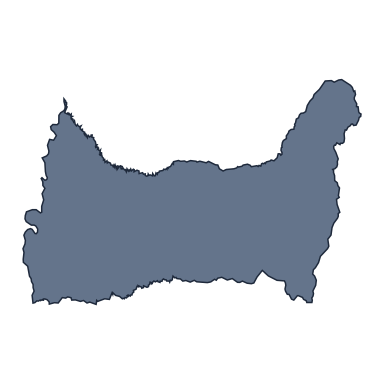 outline of Palmira, Valle del Cauca, Colombia
{"feature_id": "7082276B49686436836196", "entity_name": "Palmira", "entity_type": "district", "adm_level": 2, "iso_a3": "COL", "parent_name": "Colombia", "parent_adm1": "Valle del Cauca", "projection": "equal_earth", "projection_center": [-76.236, 3.584], "detail": "fine", "context": "isolated", "style": "filled", "palette": "slate", "viewbox_px": 384, "rotation_deg": 0, "n_neighbors": 0, "source": "geoboundaries", "source_scale": "gbopen_adm2", "svg_char_len": 5949}
<svg xmlns="http://www.w3.org/2000/svg" viewBox="0 0 384 384"><path d="M354.8,90.9L353.7,91.5L352.3,87.4L350.5,85.3L341.7,79.6L338.7,80.0L334.2,82.2L331.4,80.6L325.2,81.0L319.4,89.4L314.1,94.5L313.0,97.9L310.0,101.0L307.3,105.5L305.7,111.6L303.5,113.0L301.0,113.3L299.5,114.9L298.5,117.8L296.3,119.1L295.5,122.9L294.6,124.3L295.0,125.8L294.2,126.8L293.9,129.2L291.1,129.5L289.0,131.0L288.3,133.1L286.3,135.9L286.4,138.6L283.4,140.5L282.4,142.5L281.8,146.0L282.1,147.2L281.3,147.8L281.0,150.3L282.0,152.5L281.9,154.3L280.8,155.2L280.0,153.8L278.2,153.8L277.2,157.7L274.0,160.8L271.1,160.0L270.0,161.0L266.3,161.9L265.4,163.5L264.8,162.9L263.7,163.7L262.4,163.3L261.5,163.9L260.8,166.1L259.0,165.4L258.1,166.5L257.0,165.7L251.3,166.7L250.2,165.3L247.5,164.2L243.1,165.1L241.9,166.3L238.5,167.0L237.7,166.6L236.7,167.9L233.9,168.8L226.3,169.5L223.1,171.0L219.4,168.8L217.8,165.0L215.4,164.8L208.5,161.4L206.2,162.8L199.8,161.2L197.0,162.1L196.2,161.3L190.5,160.6L186.8,162.0L184.4,161.0L180.6,161.3L178.5,160.5L173.5,161.7L173.4,164.2L172.4,163.3L170.5,166.5L168.7,167.2L168.2,168.3L167.4,167.7L167.0,169.3L166.4,168.6L165.2,169.6L163.8,169.1L162.9,170.5L159.4,171.1L159.1,172.2L157.7,172.7L157.3,174.3L156.0,172.9L155.3,175.7L154.2,175.9L152.7,173.5L152.4,175.8L150.2,174.9L149.0,175.4L148.2,174.0L147.9,175.6L146.8,176.2L145.3,175.5L145.3,173.9L143.4,174.2L142.6,172.7L139.1,173.6L139.0,171.0L137.0,170.2L134.1,171.7L134.2,169.7L133.4,169.2L131.4,170.9L130.7,169.0L129.7,170.9L129.0,169.9L128.3,171.1L127.0,168.8L126.3,171.8L125.3,169.6L124.5,169.9L122.8,167.7L122.1,169.0L121.1,168.8L120.9,167.3L121.9,166.4L120.4,165.8L119.6,166.5L118.2,166.1L118.8,167.2L117.2,169.4L117.0,166.9L116.5,166.5L116.0,167.8L115.1,165.0L114.4,167.0L113.8,165.1L113.1,166.5L112.5,165.2L111.0,165.1L110.4,163.1L108.3,162.1L107.3,162.9L107.0,160.8L105.0,162.3L104.7,159.6L103.5,160.1L103.6,158.4L102.2,156.9L102.0,155.8L100.0,155.1L99.5,154.2L100.2,153.6L101.6,154.3L101.5,152.8L100.0,152.4L100.4,150.1L99.8,150.8L98.6,150.0L98.5,148.6L97.6,149.1L98.0,147.4L97.1,147.4L97.0,146.6L95.7,147.4L95.5,146.2L96.9,144.7L95.9,144.6L95.4,141.7L93.5,139.1L93.7,137.6L91.9,137.2L92.2,135.0L91.2,135.0L91.1,135.8L89.7,137.0L88.2,135.3L87.4,137.8L86.9,136.8L87.2,136.0L86.3,136.3L86.1,134.3L84.9,133.4L84.7,134.7L84.1,133.7L84.7,132.3L82.5,131.1L82.4,129.4L81.7,129.9L81.5,128.8L81.2,129.8L80.3,129.1L80.1,127.7L81.0,125.9L79.4,126.7L77.7,125.4L77.5,124.5L76.4,125.9L75.2,124.4L74.5,120.9L73.7,122.2L72.7,120.0L73.1,119.7L72.8,119.0L72.2,118.8L72.1,119.7L71.2,118.9L71.1,117.3L72.4,116.4L71.0,116.2L71.2,114.1L70.3,114.9L69.0,113.4L68.8,114.5L67.6,113.2L67.2,114.0L64.6,112.6L67.1,106.9L66.0,105.5L66.6,104.4L66.6,102.7L65.7,102.4L65.8,101.3L64.0,98.9L64.0,101.6L65.2,106.2L65.0,108.6L64.0,110.6L60.6,112.8L58.9,115.3L58.8,123.1L57.1,124.7L52.9,124.5L50.6,126.7L51.2,129.6L54.2,132.3L56.4,135.7L53.6,140.2L49.6,139.4L47.5,145.3L48.9,151.1L48.5,153.8L46.7,155.9L42.2,157.9L44.9,162.7L45.4,171.6L46.2,175.5L47.3,177.6L46.9,179.3L45.7,180.1L44.6,180.1L42.0,177.7L41.2,178.5L42.8,181.8L42.9,185.6L44.9,188.3L42.1,193.7L43.7,199.9L41.7,206.3L41.7,212.2L40.4,212.9L36.2,209.7L32.3,209.7L26.5,211.8L25.3,215.5L25.0,218.9L26.2,221.6L31.3,225.1L34.1,225.1L35.8,226.0L37.7,229.0L37.5,232.2L36.3,233.7L35.0,233.5L32.2,229.4L30.5,228.6L27.6,229.6L25.3,232.1L23.9,235.2L25.4,240.5L25.0,243.9L23.0,248.7L24.0,252.5L23.2,259.3L23.4,262.4L27.7,266.2L29.5,276.2L31.1,278.6L31.5,281.5L33.1,284.5L33.1,287.6L34.1,291.1L32.1,295.3L33.0,303.1L34.9,302.6L36.8,300.9L38.3,301.1L40.2,300.1L40.6,300.6L43.0,299.3L43.0,300.2L43.5,300.2L43.9,299.1L44.7,298.9L47.1,299.7L49.1,301.8L49.3,304.1L54.4,302.7L58.2,303.0L62.3,297.6L65.7,298.1L67.7,296.9L71.0,297.7L71.7,300.1L75.4,299.9L80.5,301.4L83.5,300.5L87.0,303.0L89.8,302.1L96.1,304.4L96.7,300.4L97.7,301.4L104.7,298.8L109.4,299.4L112.0,292.9L112.7,294.4L112.9,292.8L115.6,295.4L119.6,296.4L122.3,298.8L123.1,298.2L124.3,298.8L125.0,297.5L126.5,297.9L127.5,296.7L127.0,295.7L127.8,295.2L128.4,296.1L128.9,295.2L130.2,296.1L130.9,294.9L131.9,295.0L132.5,293.1L133.8,292.0L133.4,290.4L136.0,289.3L137.0,286.4L138.4,286.8L138.1,285.6L141.6,287.2L141.8,288.2L143.5,287.6L143.6,285.8L147.0,287.3L148.5,286.6L148.4,285.2L149.5,284.6L150.1,282.1L151.2,282.5L151.4,283.7L152.1,282.9L152.1,284.2L152.5,282.5L153.9,281.0L155.3,281.9L157.5,280.7L157.9,281.7L160.0,282.4L160.2,281.2L162.0,281.3L162.5,279.6L163.7,278.9L164.3,279.7L166.1,279.8L166.6,281.0L169.2,281.1L169.7,282.1L170.3,280.2L171.4,280.6L172.2,279.9L173.0,276.1L174.9,277.9L176.0,277.4L176.9,278.6L180.5,279.0L182.8,281.1L185.9,280.5L190.2,282.1L194.3,280.3L196.7,281.8L207.4,282.6L210.8,281.9L214.5,279.3L216.3,280.2L217.7,278.2L221.8,277.3L227.3,280.0L232.3,278.6L237.5,282.3L239.8,282.4L242.4,281.1L247.1,283.2L251.4,283.7L253.8,283.0L257.1,276.9L262.3,270.4L268.3,275.9L277.0,280.3L284.4,280.9L285.4,282.8L285.8,285.3L285.0,289.0L285.5,291.1L287.3,294.3L289.1,294.4L291.5,299.1L293.8,300.1L297.4,295.7L298.1,295.6L302.5,297.4L303.6,299.4L306.2,300.7L306.8,302.5L311.9,302.5L312.3,300.3L311.8,298.0L313.0,296.1L313.5,293.7L312.9,291.0L315.7,285.3L316.3,280.2L314.6,276.1L312.7,274.1L313.4,269.7L315.4,267.7L318.5,262.6L320.4,256.3L327.6,248.6L328.8,246.2L327.8,239.2L331.0,235.1L332.0,227.7L333.8,223.2L337.5,218.2L338.3,216.2L338.2,213.6L339.8,212.3L337.1,204.5L336.5,199.3L339.2,197.4L338.4,195.6L339.5,188.0L337.8,185.5L337.3,182.8L334.7,180.6L334.6,175.7L333.5,172.3L333.6,170.6L332.7,169.4L334.8,168.8L336.8,166.9L337.5,164.5L337.3,161.5L338.2,158.9L335.8,152.3L333.8,148.5L333.7,146.4L334.5,145.1L335.5,145.2L336.8,142.8L340.0,144.6L340.5,143.3L342.6,143.3L344.0,142.0L344.5,138.5L344.1,133.7L345.2,129.9L346.5,130.1L347.9,127.2L350.3,125.7L351.2,124.2L352.6,124.0L353.6,125.5L356.1,125.1L358.5,120.3L359.2,117.4L360.7,116.5L361.0,114.0L359.3,113.0L358.7,111.8L358.1,106.8L356.5,106.6L356.7,103.8L354.3,99.4L354.3,97.5L355.5,94.5L354.8,90.9Z" fill="#64748b" stroke="#1e293b" stroke-width="1.5"/></svg>